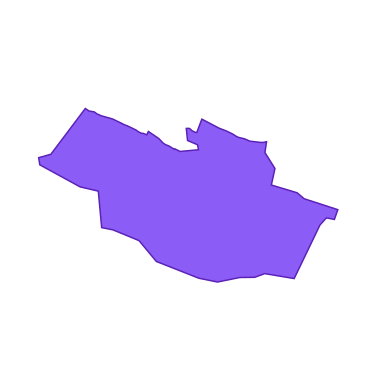 Craig, Virginia, United States of America (orthographic projection), rotated 56°
{"feature_id": "52423323B43550826235883", "entity_name": "Craig", "entity_type": "district", "adm_level": 2, "iso_a3": "USA", "parent_name": "United States of America", "parent_adm1": "Virginia", "projection": "orthographic", "projection_center": [-80.269, 37.488], "detail": "fine", "context": "isolated", "style": "filled", "palette": "violet", "viewbox_px": 384, "rotation_deg": 56, "n_neighbors": 0, "source": "geoboundaries", "source_scale": "gbopen_adm2", "svg_char_len": 961}
<svg xmlns="http://www.w3.org/2000/svg" viewBox="0 0 384 384"><g transform="rotate(56 192 192)"><path d="M192.0,102.1L190.8,105.1L189.5,107.1L182.2,115.6L177.3,118.7L172.6,123.0L170.3,124.3L166.8,125.8L160.6,129.4L154.3,133.8L137.1,143.1L145.3,154.7L144.2,156.1L140.8,157.9L139.2,158.1L137.6,158.8L136.1,161.2L146.8,166.9L155.9,161.0L160.6,163.0L151.7,179.2L146.6,182.1L146.8,182.7L144.0,184.0L141.1,185.3L137.7,187.6L135.2,188.6L129.2,189.6L117.4,194.3L119.3,197.5L116.1,199.7L114.8,201.3L111.5,203.0L109.4,203.7L100.5,208.9L99.0,210.1L87.2,216.9L78.3,224.4L74.1,227.1L71.0,228.2L67.2,232.1L63.1,233.7L81.8,287.9L77.8,299.9L84.4,303.0L125.2,281.9L138.9,269.2L171.0,286.8L179.1,278.8L202.7,263.1L229.7,260.4L267.4,234.5L280.9,221.2L289.6,200.2L297.8,187.7L300.3,177.4L320.9,155.7L290.9,104.3L288.6,95.0L294.4,89.3L288.2,81.0L260.3,102.8L251.4,105.3L230.6,122.3L218.9,110.1L200.1,109.5L192.0,102.1Z" fill="#8b5cf6" stroke="#5b21b6" stroke-width="1.5"/></g></svg>